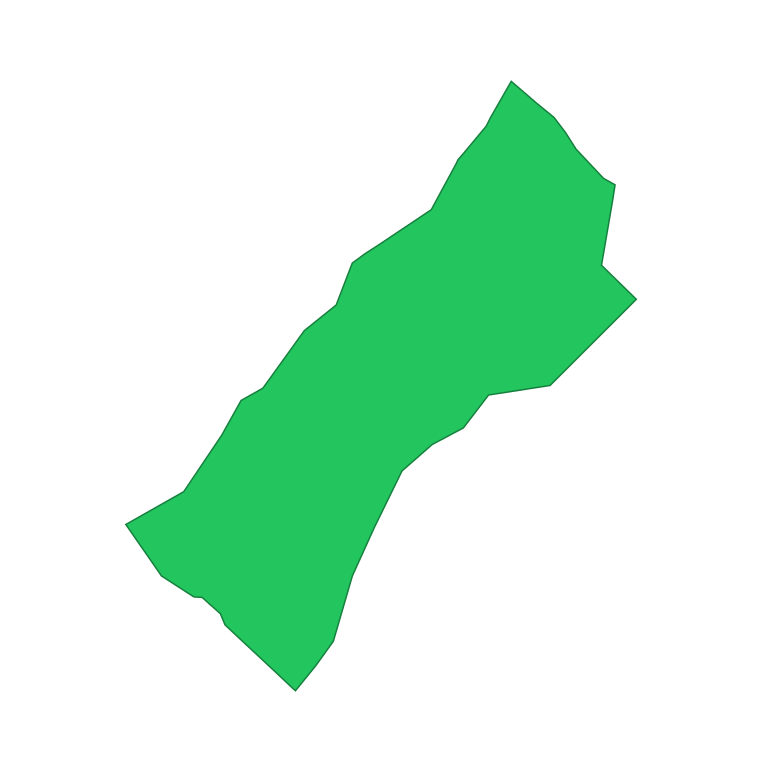 Xo'vsgol, Dornogovi, Mongolia (Albers equal-area conic projection), rotated 96°
{"feature_id": "93677404B21741172653366", "entity_name": "Xo'vsgol", "entity_type": "district", "adm_level": 2, "iso_a3": "MNG", "parent_name": "Mongolia", "parent_adm1": "Dornogovi", "projection": "albers", "projection_center": [110.095, 43.425], "detail": "fine", "context": "isolated", "style": "filled", "palette": "green", "viewbox_px": 768, "rotation_deg": 96, "n_neighbors": 0, "source": "geoboundaries", "source_scale": "gbopen_adm2", "svg_char_len": 923}
<svg xmlns="http://www.w3.org/2000/svg" viewBox="0 0 768 768"><g transform="rotate(96 384 384)"><path d="M69.7,289.1L107.6,305.8L116.9,309.3L148.2,330.3L153.1,333.8L157.4,335.3L205.7,355.2L247.0,404.8L256.3,416.4L267.1,428.2L310.4,439.8L339.2,468.8L400.8,504.0L415.3,524.4L451.8,540.0L512.0,571.9L550.7,626.1L551.0,625.8L566.4,612.6L581.3,599.7L598.2,585.2L606.9,568.0L612.3,557.4L612.9,556.2L615.6,550.8L615.6,550.6L615.4,545.8L615.2,542.7L616.2,541.3L618.9,537.5L622.1,533.2L622.3,532.8L629.6,522.7L632.4,521.2L632.7,521.0L640.2,516.9L652.5,500.7L661.4,488.9L673.0,473.5L681.9,461.7L696.7,442.3L697.0,441.8L698.3,440.0L671.3,422.4L645.2,407.5L578.2,395.4L527.7,378.6L468.6,357.0L439.1,329.7L419.4,300.5L384.0,278.8L373.5,239.1L368.1,218.7L273.4,141.9L243.2,180.1L177.4,175.8L161.8,175.0L156.6,187.1L130.4,217.5L114.9,229.8L101.1,242.8L88.9,261.4L69.7,289.1Z" fill="#22c55e" stroke="#15803d" stroke-width="1.5"/></g></svg>